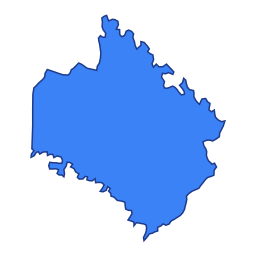 Augusto Pestana, Rio Grande do Sul, Brazil (Robinson projection)
{"feature_id": "56859067B36732099712142", "entity_name": "Augusto Pestana", "entity_type": "district", "adm_level": 2, "iso_a3": "BRA", "parent_name": "Brazil", "parent_adm1": "Rio Grande do Sul", "projection": "robinson", "projection_center": [-54.004, -28.532], "detail": "fine", "context": "isolated", "style": "filled", "palette": "blue", "viewbox_px": 256, "rotation_deg": 0, "n_neighbors": 0, "source": "geoboundaries", "source_scale": "gbopen_adm2", "svg_char_len": 3065}
<svg xmlns="http://www.w3.org/2000/svg" viewBox="0 0 256 256"><path d="M147.6,46.3L144.1,42.4L140.9,41.6L141.0,45.2L138.7,47.4L136.7,49.0L135.0,45.0L134.6,42.4L132.8,37.1L133.6,33.9L131.6,31.4L128.6,30.1L126.2,31.2L124.7,35.3L121.9,36.8L119.8,34.7L119.6,29.6L116.3,29.2L118.4,24.8L117.9,21.3L114.8,19.6L112.4,19.3L108.6,20.9L106.6,15.4L104.1,16.3L101.9,17.9L102.4,22.4L102.1,26.7L103.2,29.8L105.6,33.0L105.3,37.1L103.0,37.3L100.4,35.7L98.5,38.1L98.9,41.4L99.7,44.4L100.2,48.3L100.9,53.0L100.4,58.4L99.3,63.2L97.3,66.3L96.7,70.3L87.2,68.3L81.6,64.3L78.7,63.0L75.7,66.1L73.4,68.4L71.3,69.7L70.2,72.7L68.4,75.0L62.8,74.8L47.3,69.5L45.1,73.3L44.7,77.0L42.6,79.6L40.0,81.8L38.1,83.6L36.5,85.5L33.9,87.9L32.9,94.2L32.8,100.5L32.8,104.3L32.7,107.4L32.7,119.1L32.7,125.6L31.9,148.9L34.0,150.6L31.4,154.1L31.1,157.3L34.3,155.6L36.0,152.6L38.2,151.6L39.8,154.1L43.1,152.0L47.2,151.9L47.5,155.5L50.1,154.3L52.9,154.5L53.9,157.6L57.1,155.9L61.1,157.1L62.5,160.2L62.0,163.2L58.8,163.3L56.4,162.8L53.7,162.8L49.8,162.3L48.7,165.7L49.7,169.0L52.8,169.0L56.0,168.8L58.6,169.8L57.1,173.5L59.2,175.0L61.8,175.0L63.9,176.8L64.5,173.7L63.9,169.5L66.1,166.3L67.2,162.2L69.9,162.5L72.7,164.2L70.6,166.9L74.0,168.5L75.7,172.0L78.9,173.8L77.3,177.3L79.2,179.1L83.0,178.9L85.1,176.4L87.5,176.8L86.9,179.8L89.4,180.7L92.3,180.8L95.1,178.7L95.6,182.7L98.4,182.4L101.7,182.6L104.1,184.8L102.7,187.8L100.2,191.3L102.9,191.8L106.3,190.3L107.7,186.6L110.2,188.5L108.6,191.1L110.8,193.4L111.1,196.2L113.9,197.0L117.3,200.4L121.3,201.0L124.9,202.2L125.2,205.7L125.7,209.1L128.8,210.4L131.4,210.4L132.0,213.6L130.2,216.7L128.0,220.0L131.7,221.2L134.0,222.2L134.0,225.7L136.4,222.7L138.7,223.0L141.4,223.6L143.7,223.9L146.0,224.9L146.6,227.9L146.2,231.2L145.1,234.3L143.5,237.5L144.0,240.6L146.6,237.7L149.3,233.9L152.4,233.2L154.7,231.9L157.7,231.0L157.6,227.3L160.8,226.0L163.1,223.9L165.9,225.2L169.1,224.0L171.1,221.0L174.4,219.2L177.0,217.5L180.2,215.5L182.6,213.0L184.5,209.4L185.3,205.8L186.2,202.5L186.8,199.1L186.4,196.2L188.6,193.7L192.1,191.2L198.8,188.3L200.8,185.4L203.5,182.1L205.5,179.4L207.8,177.4L211.1,176.4L213.9,175.2L214.1,170.4L216.5,167.0L214.5,163.2L212.1,164.2L208.6,160.9L207.2,158.2L206.4,155.3L206.7,151.5L205.7,148.7L203.9,145.9L203.0,141.9L205.5,140.6L208.1,140.0L210.4,140.3L212.6,141.0L216.0,139.1L219.3,136.8L219.7,133.0L221.4,129.7L223.3,125.9L224.9,120.9L221.5,121.7L217.8,119.7L215.4,117.0L214.8,114.3L214.3,110.0L211.5,111.8L208.9,109.8L210.0,103.5L207.6,101.8L205.6,98.5L201.9,99.0L199.5,104.3L197.5,102.5L195.6,100.1L193.8,96.5L194.0,93.8L193.6,90.6L189.5,89.6L187.3,87.0L186.2,82.9L185.7,80.2L183.7,78.3L182.5,82.6L179.6,85.3L182.5,88.8L184.2,91.6L184.4,94.3L181.4,94.9L178.8,92.1L176.9,89.3L174.9,87.3L172.6,86.1L169.5,87.5L166.9,88.3L164.4,87.9L163.5,85.3L164.5,81.6L163.0,79.4L161.5,77.0L162.5,73.3L165.4,73.8L168.6,72.6L172.8,74.4L173.8,72.0L171.8,69.7L169.0,66.8L166.5,64.1L162.8,66.7L158.9,66.8L156.3,64.1L153.4,67.2L152.0,63.7L153.6,59.8L152.9,55.0L149.7,53.4L147.6,51.7L149.3,48.9L147.6,46.3Z" fill="#3b82f6" stroke="#1e3a8a" stroke-width="1.5"/></svg>